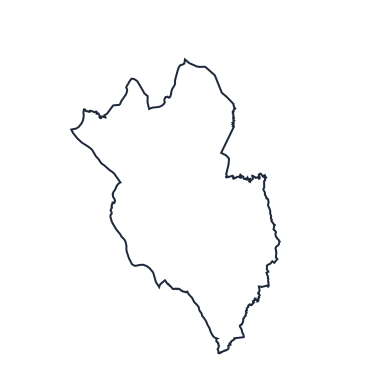 the district of Lam Plai Mat, Buri Ram, Thailand, rotated 132°
{"feature_id": "78962969B20413411154684", "entity_name": "Lam Plai Mat", "entity_type": "district", "adm_level": 2, "iso_a3": "THA", "parent_name": "Thailand", "parent_adm1": "Buri Ram", "projection": "robinson", "projection_center": [102.861, 15.019], "detail": "fine", "context": "isolated", "style": "outline", "palette": "slate", "viewbox_px": 384, "rotation_deg": 132, "n_neighbors": 0, "source": "geoboundaries", "source_scale": "gbopen_adm2", "svg_char_len": 6005}
<svg xmlns="http://www.w3.org/2000/svg" viewBox="0 0 384 384"><g transform="rotate(132 192 192)"><path d="M226.4,323.5L227.8,319.7L228.9,312.7L229.0,307.0L227.6,298.6L227.5,295.4L227.6,294.1L229.7,287.5L230.2,283.1L231.4,278.6L230.9,274.7L230.9,268.3L230.4,264.6L230.4,262.1L232.8,251.6L233.6,252.0L235.4,252.2L237.6,252.1L241.3,250.8L244.3,250.4L245.6,250.0L246.0,249.5L246.6,249.6L248.3,247.6L249.0,245.2L250.0,243.3L251.9,242.4L252.4,242.6L252.5,243.4L253.2,243.3L253.3,243.7L253.8,243.2L255.1,243.2L255.4,242.6L256.9,242.0L257.1,241.0L258.8,240.7L260.2,240.1L260.8,238.2L262.1,237.1L263.5,237.2L265.1,236.0L267.9,231.4L270.5,223.2L271.5,216.7L272.3,214.8L272.6,210.5L273.4,208.2L275.7,204.9L278.8,202.1L280.1,200.4L283.5,194.4L285.8,188.3L285.3,185.7L284.7,184.6L280.8,181.7L278.8,179.7L277.4,176.3L277.0,172.5L277.8,167.0L283.0,158.7L284.6,152.8L283.5,153.4L281.4,153.8L275.7,153.0L276.5,149.6L276.6,148.1L276.2,147.9L276.6,145.8L276.4,145.6L276.8,141.2L276.5,141.1L276.1,140.4L274.9,139.7L274.7,138.8L273.5,138.2L273.6,137.6L272.5,136.7L272.5,133.8L272.0,133.4L272.1,132.5L271.7,131.5L271.2,131.2L270.7,129.4L269.2,128.9L270.2,125.9L270.6,121.2L272.3,116.7L272.5,112.9L273.0,110.2L275.1,107.1L275.9,103.5L277.3,101.5L277.5,99.3L278.7,94.8L280.1,92.1L281.5,87.9L283.5,84.4L284.9,80.3L285.1,77.9L284.1,75.3L284.5,75.5L285.1,75.3L286.4,74.4L286.4,74.0L286.8,73.5L286.5,72.5L286.8,71.3L287.3,71.3L288.4,68.8L289.7,68.4L290.7,67.8L291.7,67.8L292.7,65.7L294.0,64.8L293.8,64.0L292.5,63.5L292.4,63.1L291.8,63.0L291.3,63.2L290.2,62.4L288.9,62.1L288.4,61.6L287.8,61.6L287.1,60.8L286.4,60.8L285.3,60.1L283.4,60.3L282.1,62.1L281.3,61.8L280.1,62.4L280.2,61.6L279.8,61.2L278.6,62.6L277.5,62.5L276.6,62.9L273.1,61.9L272.4,62.7L266.3,57.3L265.0,56.5L263.5,58.4L263.0,60.3L261.0,63.1L259.9,66.5L259.4,67.0L258.6,67.0L257.6,66.4L256.8,66.4L256.5,66.8L256.1,66.6L254.0,67.4L251.7,69.2L251.1,68.9L249.7,69.5L247.7,69.3L247.3,70.1L246.2,70.6L245.2,70.6L244.8,71.9L244.0,72.3L243.5,72.1L243.3,72.3L243.1,72.1L242.6,72.9L241.8,73.4L239.9,73.3L239.6,73.8L238.6,73.8L238.4,74.2L236.9,74.0L236.5,72.3L236.1,72.0L235.1,72.3L234.8,72.1L233.8,72.1L233.4,72.5L232.6,72.1L232.4,72.5L232.5,73.4L232.4,73.6L231.1,73.3L229.1,74.0L228.7,73.5L229.1,73.3L229.2,72.4L229.5,72.2L229.2,71.0L228.9,71.0L229.2,70.5L228.7,70.5L229.4,70.1L229.0,69.8L227.8,70.3L227.5,71.2L226.7,71.2L226.3,71.6L225.4,71.5L225.2,72.3L223.3,72.7L222.9,73.8L223.2,74.9L222.6,75.3L221.5,75.2L219.7,76.1L217.5,79.1L216.5,77.9L215.9,76.6L211.6,73.8L211.5,72.1L210.9,72.2L210.6,72.5L210.0,72.4L209.3,73.8L207.9,74.6L207.6,75.6L205.4,77.2L205.3,77.9L204.3,78.6L202.2,82.6L200.2,81.9L199.4,84.6L196.6,87.1L194.7,86.7L192.9,85.8L189.8,86.0L189.6,83.5L184.7,83.7L184.5,85.9L180.6,88.7L180.4,89.4L179.2,90.3L178.9,91.0L178.0,92.3L176.2,92.8L174.0,92.4L172.4,92.6L171.2,93.4L170.1,93.7L170.1,94.5L169.6,95.6L169.6,97.6L169.2,98.1L169.0,99.7L168.5,100.6L167.0,102.3L165.6,102.7L165.3,104.0L165.2,106.5L164.2,106.9L162.4,108.3L161.1,108.3L161.2,110.2L160.7,111.6L160.7,112.5L160.3,113.6L159.9,114.1L159.3,114.0L158.8,115.6L158.0,116.5L157.3,116.7L156.5,117.7L155.9,119.4L154.7,120.2L153.0,122.2L151.3,126.1L150.3,127.2L148.1,128.3L147.6,129.4L146.7,130.3L146.4,131.6L147.0,132.3L146.0,133.6L145.2,136.1L144.1,136.8L143.2,138.4L142.6,140.4L141.6,141.2L140.4,141.3L135.7,145.7L134.5,145.5L134.0,145.7L133.5,146.6L132.8,146.5L132.4,147.1L132.5,147.6L132.2,147.6L131.6,147.1L131.5,148.0L130.8,149.0L131.1,149.5L132.7,149.3L133.1,149.6L132.4,153.1L132.7,153.6L134.6,153.9L136.0,151.2L136.8,150.9L137.3,151.0L137.3,151.6L136.6,152.8L138.9,154.1L138.8,155.3L139.5,158.1L139.8,158.0L140.5,156.5L141.4,155.6L143.9,156.0L145.7,155.6L145.9,156.5L145.7,156.9L143.6,157.8L144.8,158.7L144.8,159.1L144.2,160.3L145.3,160.0L145.7,159.4L146.1,159.4L146.2,159.9L145.7,160.5L145.7,160.9L146.9,161.2L147.5,162.4L147.4,162.9L146.7,163.4L146.3,164.2L146.8,166.0L146.8,167.6L148.4,167.1L148.5,166.5L148.0,166.1L147.9,165.5L148.2,165.1L148.8,165.3L149.7,167.7L150.6,168.7L152.2,168.9L154.4,170.1L154.3,170.4L153.1,170.4L153.1,170.7L153.5,170.9L153.6,171.4L152.8,172.0L152.8,172.8L155.9,174.5L156.5,175.2L157.0,175.3L158.1,176.2L158.1,176.7L157.7,177.0L156.8,176.7L155.7,178.6L147.5,183.0L145.1,184.7L142.4,187.0L142.0,190.1L142.1,191.7L143.4,196.5L115.4,204.6L115.3,205.1L115.7,205.1L115.8,205.6L114.7,205.7L114.6,206.3L114.0,206.6L114.2,207.1L113.5,206.9L113.6,207.4L113.2,207.6L113.2,208.2L112.3,207.9L111.6,208.2L111.2,208.9L110.7,208.6L110.5,209.5L110.1,210.2L109.7,210.6L109.4,210.5L109.2,210.9L108.9,210.6L108.6,211.5L108.1,211.5L107.5,212.5L106.8,213.0L106.2,214.4L105.7,214.4L105.5,214.8L105.1,214.8L105.0,215.4L104.7,215.4L104.6,215.0L104.3,214.9L103.4,215.9L102.8,215.9L102.2,216.2L101.8,215.9L101.5,216.3L101.0,216.1L101.0,217.2L100.0,218.3L100.0,218.9L98.8,220.1L98.1,229.8L98.3,235.7L98.1,236.7L90.0,253.1L90.1,265.7L90.3,266.2L93.9,270.0L95.4,272.2L98.1,280.4L98.2,285.9L101.7,283.7L103.5,284.2L105.6,285.5L107.1,285.5L108.4,285.1L110.6,284.3L119.1,280.0L121.3,278.7L121.9,277.8L123.6,276.7L125.3,276.2L128.3,275.7L130.5,274.9L133.8,272.8L135.7,272.0L136.7,271.9L137.3,272.2L137.5,273.9L138.4,274.1L139.0,275.1L141.3,274.7L142.5,273.8L143.6,272.2L144.6,271.9L146.8,271.9L149.1,272.6L150.9,273.5L156.1,278.1L159.0,279.4L155.0,285.2L150.4,289.1L150.6,291.7L150.5,293.8L149.8,295.4L146.2,307.0L146.8,310.7L148.3,312.8L151.8,312.4L157.9,311.1L158.4,310.7L159.1,309.0L160.2,307.9L163.4,306.4L171.6,305.4L174.7,304.3L176.2,304.5L179.2,307.5L180.6,308.5L190.8,307.5L193.7,308.5L194.2,307.9L194.2,306.6L194.5,306.2L195.8,308.5L196.0,309.4L196.5,310.0L197.2,310.2L198.0,309.1L198.3,309.3L198.5,310.6L197.0,312.0L196.3,313.9L196.5,314.7L197.5,314.9L197.7,315.2L196.4,316.2L196.2,316.8L196.7,317.3L198.0,317.7L198.4,319.3L199.7,322.1L200.2,322.3L200.7,321.7L201.2,321.9L201.9,323.7L202.7,324.6L202.9,325.8L202.3,326.3L202.7,327.5L203.0,327.5L205.3,326.1L208.4,323.0L210.1,321.9L211.7,321.0L214.3,320.1L219.2,319.7L222.3,320.5L226.4,323.5Z" fill="none" stroke="#1e293b" stroke-width="2"/></g></svg>